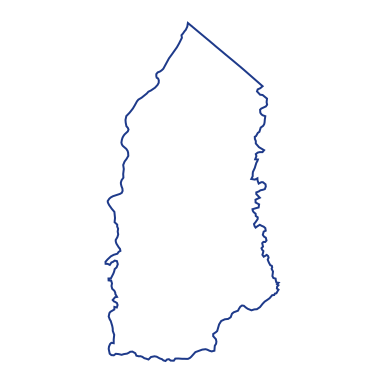 outline of Caseara, Tocantins, Brazil
{"feature_id": "56859067B59915078137369", "entity_name": "Caseara", "entity_type": "district", "adm_level": 2, "iso_a3": "BRA", "parent_name": "Brazil", "parent_adm1": "Tocantins", "projection": "orthographic", "projection_center": [-49.844, -9.372], "detail": "fine", "context": "isolated", "style": "outline", "palette": "blue", "viewbox_px": 384, "rotation_deg": 0, "n_neighbors": 0, "source": "geoboundaries", "source_scale": "gbopen_adm2", "svg_char_len": 4272}
<svg xmlns="http://www.w3.org/2000/svg" viewBox="0 0 384 384"><path d="M181.5,35.2L181.9,37.8L179.0,43.6L176.9,47.3L171.5,54.9L169.0,58.3L163.3,68.8L161.7,70.3L160.0,71.5L157.7,72.4L156.3,74.1L156.3,76.1L156.7,77.7L158.1,78.5L158.8,80.4L158.7,82.8L157.5,85.0L155.0,87.7L150.9,90.5L148.4,91.7L146.8,93.5L141.6,97.7L138.4,99.6L137.0,101.3L134.8,105.3L132.9,108.5L130.8,111.2L129.5,112.8L126.3,116.1L125.5,119.9L125.7,122.6L126.4,126.2L127.8,127.8L128.5,129.5L127.8,131.4L126.3,132.8L124.8,134.2L123.8,135.4L122.6,137.5L121.9,139.7L121.4,142.6L121.9,144.5L122.8,145.9L126.3,148.9L127.6,150.9L128.1,152.6L128.3,155.9L126.5,159.0L124.6,161.5L123.2,165.0L123.8,169.0L123.2,174.0L123.4,177.7L121.6,180.2L120.9,182.4L120.9,183.9L121.5,186.3L122.4,188.6L122.6,190.9L121.8,192.8L120.0,193.9L113.0,196.2L110.8,197.4L109.3,198.7L107.7,201.1L107.9,202.6L109.1,205.0L111.7,208.7L114.4,211.9L115.0,218.0L114.6,222.2L117.2,224.6L117.2,226.6L118.1,228.7L117.7,231.6L118.2,234.4L117.4,237.1L115.7,240.0L115.8,241.7L116.4,243.6L118.7,247.3L120.0,248.9L120.4,250.9L118.6,251.9L117.4,253.7L113.7,254.8L110.9,256.3L107.5,259.5L105.5,261.8L105.6,263.8L107.7,263.9L109.8,264.9L111.4,262.5L113.1,261.8L114.7,260.6L116.9,261.1L117.8,264.2L116.6,267.4L114.7,269.1L114.2,271.3L113.4,273.5L110.9,278.4L108.5,278.5L108.6,280.4L111.2,280.7L112.0,283.4L111.5,286.0L112.2,288.8L114.3,290.7L115.2,292.5L115.4,294.1L116.2,295.5L117.0,296.9L115.1,297.2L112.7,300.0L113.9,301.4L115.3,302.0L116.9,303.0L117.6,305.0L116.8,307.5L114.4,306.9L114.3,309.5L110.4,311.8L109.4,313.1L108.7,316.5L109.8,319.5L110.7,320.9L112.2,325.8L112.7,328.3L112.8,330.9L114.2,334.8L113.7,339.5L113.7,343.2L111.4,342.8L110.1,344.0L109.0,346.6L108.7,348.9L109.7,353.7L111.4,355.1L113.8,355.3L115.8,353.8L118.7,354.1L121.6,354.8L123.9,354.1L127.1,353.6L128.7,352.8L130.2,351.8L132.4,351.6L135.3,353.2L136.4,355.7L138.9,356.3L140.4,356.2L142.3,356.8L144.3,358.2L146.2,358.7L148.5,359.5L151.0,357.0L154.5,356.3L156.7,356.7L159.7,358.4L162.0,359.2L163.4,360.4L165.5,361.0L167.0,359.5L168.9,359.2L170.7,360.6L173.8,360.7L175.3,358.6L178.2,358.5L182.2,358.8L184.2,358.8L187.9,358.9L189.8,358.0L191.2,356.8L195.4,352.1L202.3,349.6L205.6,349.2L207.3,349.7L209.6,350.8L211.7,351.4L214.4,350.7L214.8,345.8L216.1,343.7L216.4,341.6L215.9,339.2L213.2,336.2L213.2,334.0L216.0,332.1L217.2,331.0L219.1,324.4L221.2,321.0L224.8,319.3L228.2,318.9L230.7,317.2L232.0,313.7L233.7,312.3L238.0,310.7L238.9,308.9L240.3,306.7L242.0,305.5L243.9,305.8L245.7,307.4L247.7,308.8L251.5,310.3L254.3,309.4L256.9,309.2L260.0,307.1L262.6,303.8L264.7,301.6L267.4,299.8L269.5,298.3L272.2,295.2L274.2,295.0L274.9,293.6L276.4,293.3L277.6,291.1L278.5,289.7L276.9,288.5L277.1,286.7L278.4,285.2L277.1,284.3L278.5,282.8L276.4,282.5L275.8,280.4L275.6,278.6L273.4,278.0L272.4,276.1L273.0,271.5L271.6,268.8L272.2,267.3L271.8,265.8L270.3,265.2L269.0,262.8L268.3,261.2L267.7,259.6L268.6,257.7L268.1,256.1L266.7,254.9L265.3,255.8L263.7,256.7L262.4,254.8L263.0,252.9L263.4,251.1L262.1,249.7L261.5,248.2L263.0,246.6L262.2,243.2L263.4,241.9L265.2,242.0L266.5,240.5L265.8,237.7L264.0,236.6L262.8,234.8L263.7,231.6L265.7,230.7L265.3,228.1L263.7,226.7L261.6,225.8L259.8,224.8L257.5,226.2L255.6,227.6L254.6,226.2L254.0,224.0L255.6,222.1L257.7,219.0L257.7,217.3L255.8,216.0L255.6,213.7L253.7,212.2L252.8,210.8L252.5,209.2L256.2,208.1L258.6,207.5L259.1,204.4L255.6,202.5L255.5,199.7L259.8,197.7L256.3,194.1L256.3,192.4L258.7,191.5L260.4,190.3L262.8,189.8L264.8,189.1L265.8,186.5L265.5,184.3L262.9,182.2L261.3,182.2L258.7,183.6L257.5,180.3L257.4,178.3L254.9,179.6L251.3,179.0L252.7,176.2L252.7,174.1L252.9,172.0L254.8,167.9L255.3,166.2L256.4,162.7L257.4,161.0L257.9,159.5L255.2,159.3L256.4,156.1L255.8,154.1L257.7,152.6L259.7,152.1L262.5,152.1L264.1,150.2L259.0,147.2L255.8,143.5L255.8,141.0L254.9,139.0L254.8,136.8L256.1,136.0L257.8,132.9L259.4,131.8L260.7,127.6L263.2,125.8L264.2,124.1L264.6,122.2L264.8,119.6L265.3,116.2L262.5,115.2L261.3,114.2L260.3,112.7L260.1,109.7L261.2,108.6L265.9,106.4L267.1,104.7L266.6,102.2L267.0,98.6L265.5,97.4L262.6,95.0L260.1,94.7L257.0,91.4L257.7,89.4L260.3,88.2L262.6,86.2L243.5,69.5L235.3,62.6L232.2,60.0L226.0,54.9L215.1,45.8L213.4,44.3L187.9,23.0L187.3,26.6L185.8,29.8L184.5,31.3L182.9,33.6L181.5,35.2Z" fill="none" stroke="#1e3a8a" stroke-width="2"/></svg>